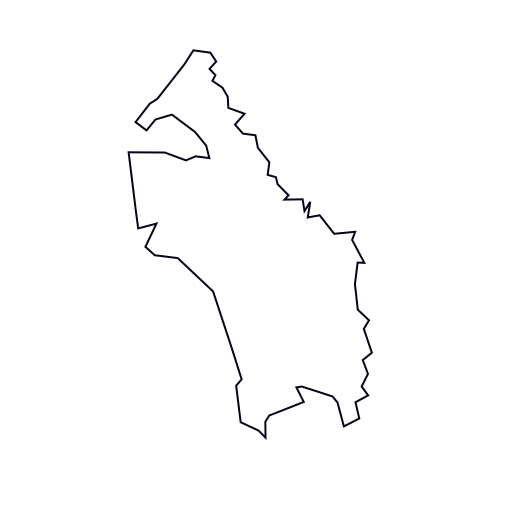 Calhoun, South Carolina, United States of America (Mercator projection), rotated 31°
{"feature_id": "52423323B26821031365156", "entity_name": "Calhoun", "entity_type": "district", "adm_level": 2, "iso_a3": "USA", "parent_name": "United States of America", "parent_adm1": "South Carolina", "projection": "mercator", "projection_center": [-80.796, 33.675], "detail": "fine", "context": "isolated", "style": "outline", "palette": "ink", "viewbox_px": 512, "rotation_deg": 31, "n_neighbors": 0, "source": "geoboundaries", "source_scale": "gbopen_adm2", "svg_char_len": 1081}
<svg xmlns="http://www.w3.org/2000/svg" viewBox="0 0 512 512"><g transform="rotate(31 256 256)"><path d="M112.1,105.2L96.4,112.0L95.9,128.6L90.5,172.1L86.5,180.1L83.8,203.3L97.5,204.7L99.5,190.8L111.1,178.1L139.9,181.1L156.4,187.0L165.6,196.1L153.0,201.6L146.7,210.1L124.5,214.3L93.4,232.7L129.3,278.6L140.8,293.0L154.0,279.5L156.5,305.1L168.8,307.5L190.0,298.1L237.5,308.5L284.1,348.7L307.2,369.1L305.8,377.4L328.5,406.4L348.0,404.3L357.7,406.8L349.4,393.3L349.5,385.9L372.1,356.5L358.3,347.8L362.5,344.3L393.9,337.0L401.3,339.6L419.1,356.8L428.2,342.1L416.6,330.1L423.9,317.7L413.8,313.5L412.7,299.4L401.1,290.2L405.1,279.2L385.9,262.9L386.0,252.9L370.9,249.6L355.3,229.2L346.5,209.3L352.4,206.1L330.1,192.7L328.5,184.2L311.6,196.7L289.6,188.3L280.5,196.3L274.6,181.6L274.4,192.5L266.8,183.4L251.4,193.0L252.6,187.2L237.5,183.3L232.5,178.2L224.2,180.4L219.2,168.8L201.9,162.3L193.3,152.8L181.8,157.8L170.3,154.2L172.9,140.0L156.0,143.3L149.8,134.1L140.5,129.0L128.4,128.3L128.1,121.9L119.8,119.6L121.7,109.8L112.1,105.2Z" fill="none" stroke="#020617" stroke-width="2"/></g></svg>